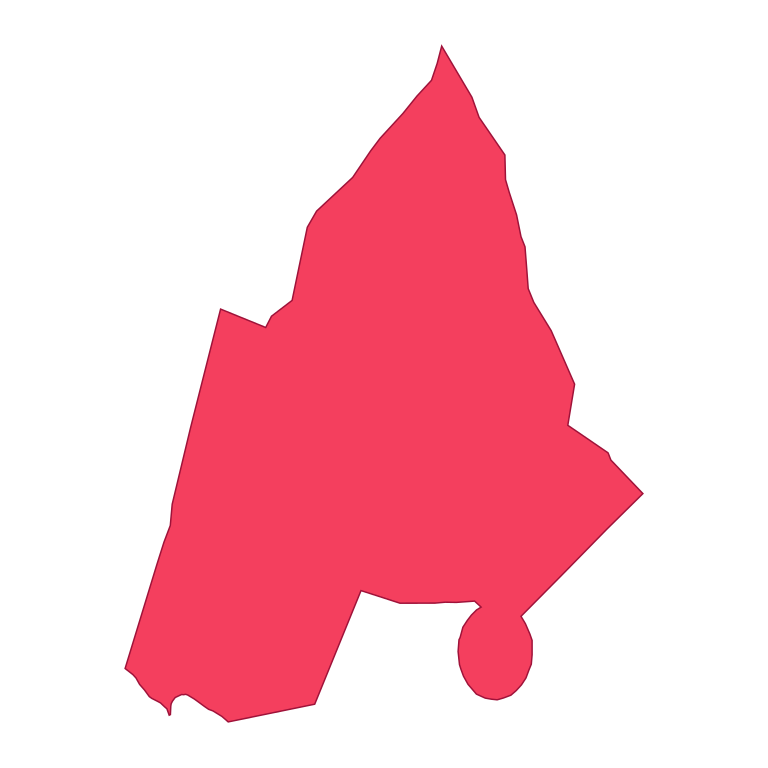 Selibabi, Guidimaka, Mauritania
{"feature_id": "47542326B53880541156854", "entity_name": "Selibabi", "entity_type": "district", "adm_level": 2, "iso_a3": "MRT", "parent_name": "Mauritania", "parent_adm1": "Guidimaka", "projection": "equal_earth", "projection_center": [-12.373, 15.469], "detail": "fine", "context": "isolated", "style": "filled", "palette": "rose", "viewbox_px": 768, "rotation_deg": 0, "n_neighbors": 0, "source": "geoboundaries", "source_scale": "gbopen_adm2", "svg_char_len": 1375}
<svg xmlns="http://www.w3.org/2000/svg" viewBox="0 0 768 768"><path d="M642.9,493.6L610.9,460.1L608.1,452.9L567.8,425.3L574.6,384.2L551.2,330.7L533.8,302.4L528.2,288.6L526.7,268.5L525.0,246.8L521.0,236.7L516.6,215.0L509.3,192.6L505.5,179.6L504.9,155.0L479.1,117.4L471.9,97.2L441.7,46.1L437.2,63.4L431.5,80.3L417.1,95.9L402.9,113.5L380.1,138.3L370.7,150.8L352.7,177.4L316.6,211.1L307.3,227.3L292.1,300.4L271.5,316.2L265.7,327.5L220.6,309.1L193.6,415.7L190.5,428.0L172.2,504.2L170.3,525.5L164.0,542.1L157.0,564.2L125.1,668.5L132.9,674.6L136.0,678.0L139.6,684.4L144.5,690.0L149.3,696.6L151.8,698.4L157.5,701.3L160.5,702.9L164.7,706.9L166.9,708.8L169.2,715.2L170.4,714.6L170.8,706.1L171.2,703.7L172.5,701.1L175.2,697.5L180.1,695.2L181.7,694.5L183.7,694.7L185.5,694.3L187.5,694.9L194.3,699.0L198.3,701.9L204.4,706.4L208.6,709.3L212.9,710.9L221.9,716.4L228.2,721.9L314.7,704.2L361.0,590.6L400.0,603.2L435.0,603.1L445.3,602.2L456.3,602.4L474.6,601.1L481.1,607.1L476.6,609.9L471.4,615.1L467.4,620.3L462.9,627.2L460.1,637.5L459.0,639.7L458.1,651.5L459.5,664.7L461.0,669.4L463.5,676.2L468.0,684.3L476.4,694.1L485.2,698.1L491.5,699.2L497.2,699.8L503.4,698.0L510.9,695.2L516.2,690.6L521.5,684.8L526.0,677.9L529.0,669.8L531.3,664.2L532.1,654.8L532.1,640.4L529.9,634.1L525.4,623.7L521.0,616.3L561.6,575.3L606.8,529.2L642.9,493.6Z" fill="#f43f5e" stroke="#9f1239" stroke-width="1.5"/></svg>